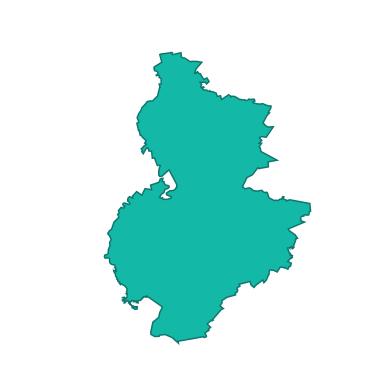 Comalcalco, Tabasco, Mexico (Natural Earth projection), rotated 248°
{"feature_id": "50627088B45787963342139", "entity_name": "Comalcalco", "entity_type": "district", "adm_level": 2, "iso_a3": "MEX", "parent_name": "Mexico", "parent_adm1": "Tabasco", "projection": "natural_earth1", "projection_center": [-93.333, 18.29], "detail": "fine", "context": "isolated", "style": "filled", "palette": "teal", "viewbox_px": 384, "rotation_deg": 248, "n_neighbors": 0, "source": "geoboundaries", "source_scale": "gbopen_adm2", "svg_char_len": 5982}
<svg xmlns="http://www.w3.org/2000/svg" viewBox="0 0 384 384"><g transform="rotate(248 192 192)"><path d="M63.1,119.7L57.0,122.8L58.9,123.1L53.6,148.1L52.5,148.9L52.4,150.6L52.7,151.3L56.7,151.4L57.4,155.9L58.6,155.7L59.6,158.6L63.9,156.6L65.8,161.7L65.1,162.1L65.3,163.5L65.9,163.1L72.1,175.1L72.2,177.4L75.9,175.3L78.0,178.4L80.0,178.9L81.0,183.7L81.4,183.9L80.3,193.8L81.9,194.2L82.5,196.6L84.0,197.7L85.4,197.3L86.4,198.4L86.7,201.2L88.8,201.1L87.3,212.4L83.8,211.9L80.3,213.7L81.8,216.8L83.9,224.6L81.0,224.7L81.5,225.9L82.5,227.9L85.9,231.3L86.7,232.6L89.1,233.6L90.6,235.1L88.9,238.2L85.9,241.1L89.0,245.2L88.9,246.9L86.9,249.4L87.1,250.0L85.5,250.9L84.5,252.0L86.5,254.1L86.3,255.4L86.7,255.8L88.8,257.4L91.8,254.7L93.4,258.4L93.7,258.1L94.0,258.6L93.4,259.3L93.7,260.4L94.1,260.2L95.3,261.2L95.8,260.2L96.4,260.6L97.0,259.4L98.2,260.2L99.1,259.4L104.3,259.6L103.8,261.7L103.2,261.7L103.8,262.1L103.7,263.0L104.2,263.1L104.2,263.5L103.3,263.4L103.1,264.3L101.4,263.2L102.1,264.0L101.9,264.6L102.8,265.3L102.6,265.7L104.0,265.7L104.0,266.1L107.4,269.1L109.3,270.7L109.8,270.7L109.5,272.5L113.6,271.6L119.6,267.8L121.7,267.4L122.0,285.1L124.7,281.9L125.5,282.7L127.3,283.0L128.4,284.0L127.8,286.7L128.6,286.9L128.5,287.7L128.3,289.0L127.5,289.7L127.1,291.8L129.5,293.2L129.9,294.8L137.2,296.9L148.2,279.7L148.3,276.3L149.0,276.6L151.2,274.0L153.1,275.4L153.7,274.5L151.7,271.9L152.4,271.0L151.9,268.5L153.0,266.6L153.3,265.0L157.9,261.1L162.9,261.6L163.9,261.1L163.9,259.8L165.3,258.2L167.1,257.6L167.7,256.6L167.9,254.6L168.8,251.9L170.4,249.3L172.9,248.2L174.4,246.6L174.7,245.7L174.9,242.4L178.0,240.8L184.8,248.4L185.3,254.5L189.9,262.2L188.4,263.0L188.5,263.9L186.7,272.2L191.4,273.9L189.6,282.8L203.7,271.1L207.4,271.8L208.9,271.3L211.1,274.8L212.1,272.5L213.8,276.1L216.8,274.8L217.5,276.9L215.0,281.3L222.0,291.8L223.9,286.5L226.2,285.0L229.5,283.8L234.4,289.6L235.1,290.9L235.3,290.8L236.3,293.5L237.2,292.5L240.2,296.4L242.0,297.5L242.6,296.8L242.9,295.3L247.6,290.4L247.8,288.4L249.7,284.8L251.7,282.2L252.6,282.0L252.8,284.4L254.3,284.5L255.0,284.1L255.8,280.9L256.9,279.6L256.3,278.5L256.3,276.9L257.1,275.7L257.7,275.6L258.4,273.5L259.5,272.0L259.7,271.1L264.6,267.4L265.9,264.6L265.5,263.6L266.9,263.5L268.4,262.4L266.7,254.1L270.5,254.5L271.2,251.3L273.2,251.2L274.5,251.5L277.4,248.6L278.2,246.8L279.2,246.4L278.8,246.0L279.4,244.8L281.0,243.8L282.1,241.3L284.2,240.2L284.7,242.3L285.2,241.9L285.5,240.0L286.1,239.5L286.9,239.8L288.0,241.2L290.7,240.6L288.7,245.5L286.7,245.9L288.0,249.2L292.1,248.6L292.0,245.0L298.6,244.0L299.0,243.0L301.5,242.2L301.1,240.7L300.6,240.6L300.8,239.3L301.2,238.8L304.8,242.1L308.6,249.7L311.2,245.5L313.1,241.1L313.3,239.4L319.2,235.2L319.2,234.3L321.0,232.8L322.3,232.7L322.9,233.4L325.3,233.9L326.6,225.3L327.8,225.4L328.4,226.0L329.3,224.8L329.1,224.3L331.6,214.7L331.5,213.6L323.6,212.6L322.1,203.7L321.1,203.1L320.3,203.5L319.5,202.8L318.4,202.9L317.2,204.4L315.7,205.3L314.3,204.4L313.8,203.5L313.9,202.7L313.2,202.6L312.9,204.6L312.1,205.3L310.5,204.4L309.0,205.9L303.7,203.9L304.4,202.0L300.2,201.5L301.1,201.2L293.9,196.0L291.1,189.3L292.2,187.1L292.6,184.2L291.5,182.7L288.9,177.1L287.1,175.6L284.5,171.9L282.1,169.5L281.0,168.9L276.9,169.0L276.5,168.4L276.6,167.1L276.2,166.6L269.0,165.5L269.0,166.1L263.9,165.2L263.8,166.0L260.7,166.8L256.8,168.8L255.1,166.4L253.4,167.7L252.4,163.9L251.8,163.6L251.1,161.1L248.4,161.5L248.2,160.6L245.7,161.1L249.8,166.3L248.9,167.9L246.2,167.4L244.9,169.8L238.2,167.9L237.7,170.0L229.4,169.8L229.2,171.5L228.3,172.6L226.3,170.5L225.0,170.0L224.5,169.2L219.8,167.5L218.5,168.0L217.8,169.7L221.2,179.0L204.6,180.7L201.6,179.2L201.7,178.6L200.7,177.3L200.4,175.3L201.4,172.0L200.7,168.1L199.8,167.4L198.6,167.6L195.4,171.1L194.7,170.7L194.2,169.4L194.4,166.3L196.1,162.5L197.7,162.6L198.1,160.8L199.2,159.8L201.7,163.4L201.7,164.8L202.3,166.1L204.3,167.5L204.5,171.5L205.0,172.6L205.9,172.9L206.7,172.5L208.5,170.0L210.8,169.5L212.1,169.9L213.1,168.3L215.5,170.2L216.0,167.5L213.4,165.0L213.9,156.2L209.3,155.4L212.7,149.7L207.8,144.3L213.1,140.8L210.4,135.2L208.5,134.8L211.0,132.5L210.7,131.1L209.7,129.9L207.7,128.9L207.2,129.6L204.9,130.1L204.1,129.8L204.4,128.3L205.8,127.0L207.2,125.0L207.2,123.8L206.1,123.2L204.7,123.2L204.1,124.4L203.5,123.9L202.6,122.5L204.3,120.5L202.3,116.8L199.8,116.5L199.0,114.6L197.9,114.9L195.9,114.6L193.4,108.5L188.0,103.8L187.4,102.8L187.0,100.8L185.8,99.6L185.6,98.8L184.2,98.3L182.4,99.2L178.2,99.2L176.2,96.8L172.9,95.8L170.0,92.9L166.6,91.4L165.9,90.3L166.2,87.6L165.1,86.6L163.7,86.5L162.9,87.1L162.6,89.0L161.9,90.3L160.8,90.4L157.8,89.4L156.4,89.5L154.8,90.6L153.4,92.9L151.2,93.0L150.9,92.0L148.9,92.9L148.0,92.3L146.8,92.3L146.8,91.9L148.4,91.7L148.0,90.9L147.5,91.2L147.5,90.5L146.8,90.5L146.9,90.1L148.2,89.8L147.9,89.7L146.2,90.1L146.0,89.8L144.9,90.3L142.4,89.7L140.3,90.3L139.5,89.8L139.4,90.3L136.8,89.9L136.1,91.1L135.2,90.4L134.2,90.5L134.2,91.1L133.2,91.1L133.6,91.8L132.9,92.1L131.6,93.5L129.6,94.7L126.7,95.5L124.9,94.8L124.3,94.0L122.2,93.8L122.3,92.9L121.0,93.5L118.4,92.0L117.9,91.2L118.1,89.4L119.0,90.3L119.8,89.9L120.2,87.2L119.4,89.3L117.9,88.7L117.2,89.0L118.0,87.0L117.1,86.9L116.8,88.4L114.5,87.5L114.4,88.3L115.4,90.9L115.1,91.8L113.6,92.1L112.9,91.7L112.8,92.4L112.0,92.6L111.3,92.2L110.5,92.7L110.8,92.9L108.2,93.7L107.2,93.1L106.3,94.0L106.2,94.6L105.0,94.7L104.3,95.9L104.2,97.4L106.2,98.2L106.2,97.2L106.7,97.2L107.4,95.1L108.0,95.2L109.2,93.6L111.6,93.0L113.6,93.6L113.3,94.7L113.9,95.3L113.6,96.4L113.1,97.0L112.3,96.7L112.6,97.5L112.0,97.7L111.9,99.1L111.4,99.6L111.0,99.0L110.3,98.9L109.4,100.6L110.7,100.8L111.5,100.4L110.9,103.8L111.3,104.1L111.3,105.0L112.2,105.6L112.0,106.5L112.6,106.9L112.6,107.7L112.9,107.5L113.1,107.8L111.8,110.0L112.6,109.8L112.7,110.5L112.0,110.8L112.1,111.4L97.3,121.1L96.6,121.5L96.1,121.2L92.3,116.9L88.2,114.2L86.0,107.0L77.4,101.2L75.3,100.6L71.9,103.4L70.5,107.5L71.4,108.5L69.8,113.9L63.7,119.8L63.1,119.7Z" fill="#14b8a6" stroke="#0f766e" stroke-width="1.5"/></g></svg>